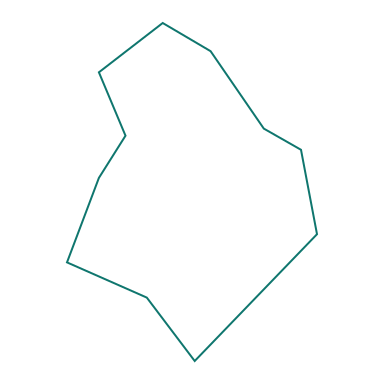 map outline of Kirkop (Equal Earth projection)
{"feature_id": "MLT-5970", "entity_name": "Kirkop", "entity_type": "state/province", "adm_level": 1, "iso_a3": "MLT", "parent_name": "Malta", "parent_adm1": "", "projection": "equal_earth", "projection_center": [14.483, 35.841], "detail": "fine", "context": "isolated", "style": "outline", "palette": "teal", "viewbox_px": 384, "rotation_deg": 0, "n_neighbors": 0, "source": "natural_earth", "source_scale": "10m", "svg_char_len": 265}
<svg xmlns="http://www.w3.org/2000/svg" viewBox="0 0 384 384"><path d="M194.7,361.0L146.8,297.6L67.0,262.4L98.9,177.9L125.5,135.7L98.9,72.3L162.7,23.0L210.6,51.2L263.8,128.6L301.0,149.8L317.0,234.2L194.7,361.0Z" fill="none" stroke="#0f766e" stroke-width="2"/></svg>